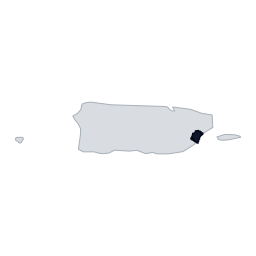 location of Humacao, Puerto Rico
{"feature_id": "32010507B58001941007009", "entity_name": "Humacao", "entity_type": "district", "adm_level": 2, "iso_a3": "PRI", "parent_name": "Puerto Rico", "parent_adm1": "", "projection": "albers", "projection_center": [-65.812, 18.138], "detail": "fine", "context": "in_parent", "style": "filled", "palette": "ink", "viewbox_px": 256, "rotation_deg": 0, "n_neighbors": 0, "source": "geoboundaries", "source_scale": "gbopen_adm2", "svg_char_len": 2731}
<svg xmlns="http://www.w3.org/2000/svg" viewBox="0 0 256 256"><path d="M169.5,109.3L172.2,111.1L174.7,110.8L172.7,107.2L174.6,107.2L190.9,109.4L201.4,113.2L212.1,115.0L212.8,127.5L204.5,132.5L199.1,137.7L194.7,144.1L183.0,151.6L168.9,153.8L159.6,153.9L156.1,153.7L152.7,152.4L145.6,153.6L136.9,150.3L129.5,151.1L114.6,150.2L109.0,153.0L103.7,153.7L98.5,153.1L94.0,151.8L83.0,151.8L78.4,149.3L80.4,135.1L80.6,128.7L78.0,123.4L75.0,120.0L72.9,116.1L77.3,113.5L80.8,109.7L82.0,104.1L85.9,102.7L90.4,102.1L111.4,104.8L164.5,106.5L167.5,107.0L169.5,109.3ZM229.5,139.7L222.8,140.3L218.5,139.6L217.0,136.9L225.1,134.4L234.6,134.8L240.0,136.2L240.6,137.2L229.5,139.7ZM20.8,142.9L20.0,143.0L19.2,142.9L18.9,142.6L18.3,141.8L15.9,140.4L15.4,139.2L15.9,137.9L16.9,137.4L21.9,137.3L22.4,137.4L23.3,138.3L23.4,139.0L22.9,139.6L22.0,141.1L21.6,141.5L21.3,141.9L21.2,142.6L20.8,142.9Z" fill="#d9dde1" stroke="#a8b0b8" stroke-width="1"/><path d="M191.0,138.7L191.0,138.9L191.5,139.1L191.5,139.4L191.6,139.5L191.9,139.5L192.0,139.6L192.1,139.2L192.4,139.1L192.4,138.9L192.7,138.9L192.8,138.7L193.2,138.6L193.5,138.7L193.7,138.9L193.6,139.0L194.0,139.2L194.0,139.3L193.9,139.4L193.9,139.6L193.7,139.7L193.5,140.1L193.5,140.4L193.7,140.5L193.9,140.5L194.0,140.6L194.1,140.8L194.1,141.1L194.3,141.2L194.8,141.2L195.0,141.3L195.1,141.7L195.4,141.8L195.7,141.8L196.0,142.0L196.0,141.8L196.4,141.9L196.4,142.0L196.6,142.3L196.6,142.5L196.8,142.7L196.8,142.8L197.0,142.9L197.3,142.9L197.6,143.0L197.8,143.0L197.9,142.9L198.0,142.9L198.0,142.7L197.9,142.3L197.9,142.1L197.9,141.7L198.0,141.6L198.0,141.4L198.2,141.2L198.5,141.2L198.4,140.8L198.5,140.6L198.5,140.2L198.8,139.8L198.9,139.6L199.1,139.4L199.3,139.1L199.5,138.9L199.4,138.8L199.3,138.7L199.2,138.5L199.2,138.4L199.3,138.0L199.6,137.3L199.7,137.2L200.1,136.7L200.4,136.4L200.3,136.2L200.4,135.9L200.6,135.7L200.8,135.5L201.4,135.1L202.0,134.7L202.4,134.6L202.5,134.5L202.6,134.2L202.7,133.9L202.8,133.7L202.7,133.4L202.7,133.0L202.6,132.9L202.4,133.0L202.1,133.0L201.9,133.3L201.7,133.4L200.5,132.9L200.8,132.2L200.9,131.7L200.5,131.4L200.4,131.4L200.2,131.5L199.8,131.4L199.5,131.3L199.3,131.2L199.1,131.2L198.8,130.9L198.7,131.0L198.3,130.9L198.2,130.7L198.0,130.8L197.8,131.0L197.7,130.9L197.6,131.1L197.3,130.9L197.2,130.9L196.5,130.9L196.1,130.9L195.9,130.8L195.6,131.1L195.5,131.3L195.4,131.3L195.4,132.0L195.2,132.4L195.2,132.5L194.8,132.7L194.6,133.1L194.5,133.5L194.0,133.4L193.6,133.3L193.3,133.5L192.9,133.4L192.8,133.7L192.9,134.0L192.8,134.3L192.7,134.5L192.3,135.3L192.3,135.5L192.3,135.8L192.3,136.1L192.2,136.6L192.0,136.9L191.8,136.9L191.6,137.3L191.5,137.6L191.3,137.7L191.2,137.7L191.1,138.0L191.0,138.3L191.0,138.7Z" fill="#0f172a" stroke="#020617" stroke-width="1.5"/></svg>